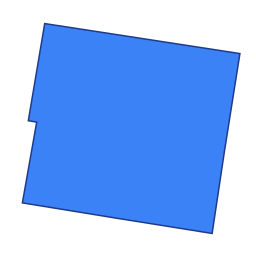 Gladwin, Michigan, United States of America, rotated 99°
{"feature_id": "52423323B35263556044157", "entity_name": "Gladwin", "entity_type": "district", "adm_level": 2, "iso_a3": "USA", "parent_name": "United States of America", "parent_adm1": "Michigan", "projection": "mercator", "projection_center": [-84.354, 43.988], "detail": "fine", "context": "isolated", "style": "filled", "palette": "blue", "viewbox_px": 256, "rotation_deg": 99, "n_neighbors": 0, "source": "geoboundaries", "source_scale": "gbopen_adm2", "svg_char_len": 272}
<svg xmlns="http://www.w3.org/2000/svg" viewBox="0 0 256 256"><g transform="rotate(99 128 128)"><path d="M135.8,29.1L37.0,29.1L37.9,226.6L136.4,227.6L136.5,219.1L218.5,220.6L218.9,122.9L219.0,28.4L135.8,29.1Z" fill="#3b82f6" stroke="#1e3a8a" stroke-width="1.5"/></g></svg>